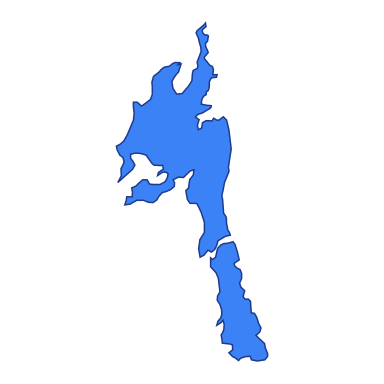 Taean-gun, South Chungcheong, South Korea (Albers equal-area conic projection)
{"feature_id": "91817680B59614790278386", "entity_name": "Taean-gun", "entity_type": "district", "adm_level": 2, "iso_a3": "KOR", "parent_name": "South Korea", "parent_adm1": "South Chungcheong", "projection": "albers", "projection_center": [126.283, 36.694], "detail": "fine", "context": "isolated", "style": "filled", "palette": "blue", "viewbox_px": 384, "rotation_deg": 0, "n_neighbors": 0, "source": "geoboundaries", "source_scale": "gbopen_adm2", "svg_char_len": 3376}
<svg xmlns="http://www.w3.org/2000/svg" viewBox="0 0 384 384"><path d="M223.3,116.8L219.1,120.0L216.9,120.2L213.7,118.2L211.9,121.0L209.2,120.7L206.0,120.7L202.5,122.7L201.6,128.1L198.3,129.6L197.4,125.2L199.1,119.7L195.4,117.0L197.8,114.5L202.8,112.8L206.5,110.4L209.0,109.1L210.9,107.6L211.2,105.7L206.2,105.2L201.3,104.2L201.8,99.7L203.5,96.3L206.2,94.6L206.2,92.1L208.2,90.6L209.2,87.6L209.4,81.5L211.4,77.8L216.4,77.3L217.1,74.6L212.9,74.8L213.4,69.6L212.4,66.4L210.4,65.7L208.7,64.0L207.0,61.7L204.5,58.8L204.3,57.1L208.2,52.6L207.5,50.4L205.7,46.7L205.5,43.2L207.5,41.3L208.4,35.9L206.7,34.9L204.5,34.9L202.5,32.4L202.3,29.9L204.3,28.0L206.0,26.7L205.5,23.0L203.8,25.0L200.8,27.5L197.1,30.7L196.1,32.9L198.3,37.8L199.6,43.3L200.8,47.2L201.1,51.4L199.6,55.6L197.1,62.2L197.8,65.4L197.4,68.4L193.2,70.4L192.4,73.8L191.9,80.7L188.7,85.9L182.1,93.6L176.6,94.1L172.9,88.1L171.9,81.7L173.9,77.8L176.4,74.3L178.6,71.9L179.3,69.4L181.1,64.0L178.1,64.7L179.8,62.7L175.4,62.5L172.7,63.5L169.5,66.2L164.3,67.2L161.6,69.1L158.9,72.2L153.5,76.4L151.9,82.2L152.3,86.8L152.3,94.5L150.4,99.5L145.4,103.4L141.5,106.1L137.3,102.2L133.4,102.2L133.4,106.8L134.2,113.4L133.4,120.3L127.2,135.0L123.7,141.2L120.2,144.2L116.4,146.2L117.1,149.6L119.8,155.1L122.9,157.4L124.1,162.0L122.5,165.9L121.0,168.6L121.3,175.9L117.8,182.5L132.5,169.4L134.9,165.1L132.9,161.3L130.6,158.2L130.6,154.3L134.9,153.2L138.7,153.2L142.2,153.9L146.1,155.1L151.5,162.8L153.8,165.1L159.2,165.5L162.7,165.5L163.4,169.0L158.4,172.5L157.6,175.6L162.7,172.1L165.8,172.1L168.1,173.7L167.3,177.9L165.0,181.8L160.0,184.5L153.8,184.5L149.5,184.1L147.2,179.8L142.6,179.8L138.7,183.3L136.0,186.0L131.7,187.9L132.5,192.2L132.1,196.8L126.7,196.8L126.3,200.3L124.8,204.9L130.2,204.1L136.8,200.3L139.1,200.3L143.7,200.3L148.0,202.2L153.0,202.6L156.9,199.9L158.8,196.4L162.3,192.6L166.5,191.4L170.8,189.5L174.3,186.4L174.6,182.9L173.1,179.8L178.5,177.1L183.5,177.5L185.8,175.2L190.1,171.0L194.0,169.8L193.2,175.2L189.7,179.5L188.5,188.0L185.8,190.7L187.4,199.5L190.1,203.4L196.7,203.4L199.0,207.7L201.3,212.7L204.4,222.4L204.4,232.4L199.8,239.8L199.4,243.6L198.6,248.7L200.1,257.2L204.0,255.2L207.9,250.2L211.4,252.1L214.8,249.4L216.8,245.2L217.9,240.9L225.3,236.3L230.3,235.2L229.3,232.2L227.8,230.2L227.3,226.8L226.6,224.0L226.3,217.4L225.3,215.6L223.6,213.2L223.3,208.7L222.6,199.5L221.8,195.7L223.3,189.1L224.5,182.5L229.0,171.4L228.4,167.1L231.2,149.0L228.9,129.8L226.6,120.1L223.3,116.8ZM237.3,251.7L235.0,244.4L233.0,241.7L228.0,243.2L223.7,243.6L221.0,244.8L217.6,248.3L215.6,257.2L212.5,259.5L210.6,257.9L210.6,263.4L210.6,266.8L216.0,272.7L218.3,278.1L219.5,288.1L219.9,292.0L217.6,295.9L217.2,300.1L219.9,304.4L221.5,309.4L221.8,314.1L220.7,318.0L218.0,321.1L216.8,325.3L221.1,322.6L223.0,320.3L224.2,324.5L223.8,329.6L222.6,332.7L221.1,335.0L221.9,338.9L222.3,343.2L229.2,343.9L232.3,344.7L232.7,349.7L228.9,352.8L232.7,356.7L234.7,357.5L238.6,360.6L240.5,358.3L245.1,356.7L250.2,356.3L251.4,359.8L257.2,361.0L264.9,359.8L267.6,356.3L267.6,353.6L265.3,347.8L264.5,343.5L259.5,338.9L256.0,335.4L259.8,331.9L261.0,328.0L258.7,323.7L256.7,317.2L254.4,313.3L251.3,312.9L250.9,307.9L250.5,301.3L248.2,299.0L245.1,299.3L243.1,296.6L244.7,290.8L240.8,287.0L239.6,283.1L241.6,278.4L241.6,273.4L240.0,269.5L236.9,268.0L234.6,265.7L234.2,263.3L239.2,259.9L237.3,251.7Z" fill="#3b82f6" stroke="#1e3a8a" stroke-width="1.5"/></svg>